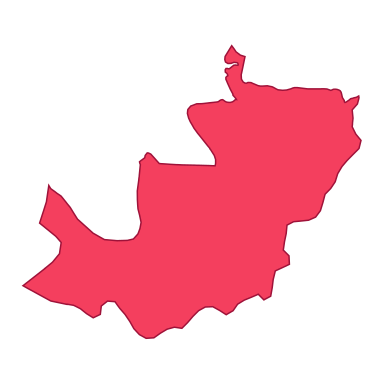 outline of Al Maqatirah, Lahij, Yemen
{"feature_id": "15242507B89654999321580", "entity_name": "Al Maqatirah", "entity_type": "district", "adm_level": 2, "iso_a3": "YEM", "parent_name": "Yemen", "parent_adm1": "Lahij", "projection": "robinson", "projection_center": [44.156, 13.13], "detail": "fine", "context": "isolated", "style": "filled", "palette": "rose", "viewbox_px": 384, "rotation_deg": 0, "n_neighbors": 0, "source": "geoboundaries", "source_scale": "gbopen_adm2", "svg_char_len": 4415}
<svg xmlns="http://www.w3.org/2000/svg" viewBox="0 0 384 384"><path d="M23.0,285.7L27.9,288.5L30.3,289.8L50.8,301.0L67.0,304.4L67.1,304.2L73.6,305.3L75.9,306.4L80.4,308.7L86.5,313.6L93.2,317.8L100.3,314.4L101.3,306.0L107.5,301.1L115.0,301.7L117.6,305.4L119.9,308.5L125.1,314.5L129.9,321.6L133.9,328.7L139.4,334.6L146.1,338.3L147.8,338.2L153.9,337.8L160.4,333.2L167.1,329.2L174.4,327.2L181.9,328.3L187.5,322.7L193.0,316.3L198.6,310.7L201.1,309.3L205.3,307.0L212.8,306.7L219.7,310.5L226.2,314.7L227.7,313.8L233.1,310.7L237.6,304.2L244.3,300.1L251.2,297.3L256.8,294.9L258.0,294.3L258.2,294.2L263.9,299.9L265.1,299.2L270.7,296.2L272.2,287.8L273.2,279.5L275.3,270.9L282.2,267.7L289.4,264.3L289.0,255.8L283.3,250.1L284.5,241.7L286.2,233.5L287.0,225.1L293.6,221.7L301.1,221.0L308.6,220.2L315.6,217.1L320.4,210.7L322.9,202.5L325.0,194.5L325.1,194.2L330.7,188.5L335.2,181.8L337.7,173.7L339.0,171.5L342.0,166.5L347.1,160.5L352.8,154.7L359.0,148.5L361.0,140.4L355.8,134.1L352.2,126.8L352.5,124.1L352.5,123.1L353.0,118.2L352.2,109.9L357.4,104.0L358.6,99.5L359.0,97.7L358.7,96.0L356.4,97.3L354.0,97.8L352.3,98.4L351.4,98.5L350.7,98.7L349.6,99.6L348.8,100.3L348.0,100.8L346.4,101.9L345.0,102.5L344.4,101.9L344.3,101.1L344.3,100.6L343.8,99.8L343.5,99.4L343.1,98.7L342.5,97.8L342.1,96.3L341.6,94.0L341.1,92.2L340.2,90.8L339.1,90.1L337.1,89.4L335.6,89.2L334.8,89.2L334.0,89.2L333.4,89.3L332.6,89.6L332.0,89.9L331.1,90.3L330.3,90.3L330.1,90.1L329.9,90.0L329.2,89.8L327.0,89.0L323.7,88.8L322.1,88.8L321.9,88.8L320.4,88.9L316.5,88.9L307.9,88.9L301.3,88.1L297.2,87.6L294.6,87.6L292.8,88.0L291.9,88.4L290.7,88.9L288.8,89.4L287.7,89.7L286.7,90.0L282.6,90.3L278.0,89.8L276.1,88.9L275.8,88.7L273.8,87.6L273.3,87.3L272.6,87.0L271.9,86.7L271.4,86.6L271.2,86.6L267.4,85.8L262.3,86.1L260.7,86.1L260.4,86.1L258.5,85.7L258.2,85.7L254.0,83.9L253.7,83.8L252.9,83.5L252.8,83.4L251.0,82.6L249.0,82.5L247.9,82.5L246.5,83.2L245.0,83.1L244.4,82.7L243.2,82.1L243.1,81.9L243.0,81.7L241.5,79.3L241.4,78.6L241.2,74.7L241.5,73.5L242.3,69.7L245.0,56.6L244.3,56.4L240.3,55.1L236.0,51.8L234.5,49.5L233.8,48.5L231.7,45.7L227.6,52.4L225.2,56.3L225.1,56.5L225.0,57.4L224.8,59.6L225.5,62.0L226.6,62.7L227.9,63.5L231.0,63.4L234.0,62.3L237.1,62.7L237.8,63.2L238.2,64.7L237.9,65.3L237.4,65.2L236.7,65.2L235.7,65.0L233.8,65.2L230.3,68.0L229.4,68.7L228.4,68.8L227.9,68.6L227.6,68.5L226.0,68.5L225.2,69.8L225.3,72.1L226.8,73.3L227.4,74.2L227.7,74.9L227.7,75.0L227.8,75.8L226.7,76.4L225.9,77.4L225.9,79.3L226.9,81.5L227.4,82.8L229.4,87.2L230.3,89.2L232.1,92.6L232.8,93.9L233.0,95.3L234.8,97.3L236.0,98.8L236.4,99.5L235.6,99.4L234.8,100.1L233.9,100.9L232.6,101.8L230.4,102.4L229.6,102.4L228.8,102.4L226.5,102.1L225.8,101.7L224.9,101.3L224.8,101.2L223.9,100.5L223.2,100.0L222.7,99.7L222.1,99.7L221.4,99.8L221.2,99.8L219.9,100.5L219.5,100.8L218.6,101.5L218.0,101.8L216.2,102.1L214.9,102.2L214.3,102.3L211.3,102.6L206.2,103.2L202.6,103.6L201.3,103.7L201.2,103.7L196.7,103.8L192.0,105.6L191.1,105.9L190.8,106.0L190.7,106.1L190.1,106.8L187.9,109.4L187.7,110.5L187.5,112.5L187.4,113.4L188.6,118.0L190.2,121.6L191.0,123.0L191.7,124.1L192.3,125.2L192.4,125.3L194.0,128.2L194.2,128.5L195.4,130.1L197.7,133.3L199.6,135.6L200.3,136.5L203.8,140.9L207.7,145.8L209.8,148.3L209.8,148.7L210.7,149.8L214.3,155.5L215.6,159.5L215.6,160.1L215.6,160.3L215.6,160.5L215.6,162.3L215.6,163.4L215.5,163.9L215.5,164.0L215.1,165.8L214.7,165.8L211.6,165.7L209.8,165.6L199.0,165.3L196.9,165.3L195.6,165.2L190.9,165.1L181.6,164.9L180.2,164.8L179.9,164.8L178.0,164.7L176.9,164.7L170.1,164.3L165.8,164.0L161.0,163.7L159.2,163.5L157.8,161.9L157.7,161.8L154.6,158.3L150.8,154.1L148.5,153.0L147.2,152.9L145.2,155.4L145.1,155.9L144.7,157.8L143.6,158.6L142.2,159.7L141.3,160.3L139.5,161.8L139.7,162.8L140.4,164.9L140.3,165.1L139.3,175.1L139.2,176.7L139.0,177.7L138.7,180.6L137.3,190.9L137.4,199.0L137.4,199.7L137.7,204.9L138.0,208.9L139.3,214.0L139.7,215.6L141.1,222.4L140.0,228.4L139.9,228.7L138.5,232.5L137.9,234.0L133.4,239.0L127.4,240.4L117.3,240.7L117.1,240.7L104.4,239.6L93.1,233.2L77.9,219.5L77.6,219.3L74.0,213.6L70.2,207.4L67.0,203.5L66.1,202.3L64.4,200.2L61.1,196.1L58.8,194.5L57.1,193.4L54.7,191.5L52.0,189.6L51.2,189.0L50.7,188.6L48.8,185.5L47.7,193.0L46.4,201.9L43.9,209.8L43.6,210.8L42.9,212.9L39.6,223.1L55.7,236.2L56.9,237.5L61.2,242.5L60.0,250.3L59.5,253.7L52.5,262.2L50.7,263.7L45.7,267.8L44.9,268.4L45.0,268.5L43.3,269.8L23.0,285.7Z" fill="#f43f5e" stroke="#9f1239" stroke-width="1.5"/></svg>